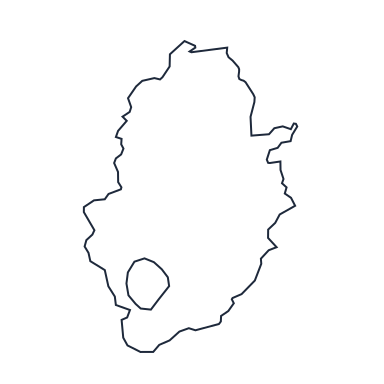 an SVG outline of Nottinghamshire, rotated 349°
{"feature_id": "GBR-2764", "entity_name": "Nottinghamshire", "entity_type": "Administrative County", "adm_level": 1, "iso_a3": "GBR", "parent_name": "United Kingdom", "parent_adm1": "", "projection": "equal_earth", "projection_center": [-0.985, 53.13], "detail": "fine", "context": "isolated", "style": "outline", "palette": "slate", "viewbox_px": 384, "rotation_deg": 349, "n_neighbors": 0, "source": "natural_earth", "source_scale": "10m", "svg_char_len": 1660}
<svg xmlns="http://www.w3.org/2000/svg" viewBox="0 0 384 384"><g transform="rotate(349 192 192)"><path d="M213.4,42.4L222.9,49.1L222.8,50.9L216.5,53.6L218.1,54.7L254.1,57.0L252.6,62.2L253.6,66.7L256.9,70.7L261.3,78.3L261.7,80.5L261.2,82.8L259.7,87.3L260.0,90.1L261.8,91.5L263.9,92.6L265.5,94.4L270.8,107.7L271.6,111.0L270.4,115.6L263.8,129.4L261.1,148.0L278.6,150.0L285.0,145.1L293.6,144.9L301.0,149.2L305.0,144.2L307.0,144.9L307.8,147.8L301.2,155.0L298.5,160.9L289.2,160.7L284.5,165.0L276.4,165.8L271.6,174.5L272.3,177.9L273.9,178.4L284.6,178.9L283.1,187.3L284.3,196.7L282.0,200.6L285.7,205.5L282.8,211.2L288.1,216.6L290.6,225.2L273.8,230.8L267.8,238.2L259.6,243.4L257.9,251.6L264.5,262.3L256.2,263.8L246.9,270.6L246.3,275.7L236.8,290.9L221.2,301.7L211.6,303.8L210.6,304.9L211.8,309.2L204.9,315.8L196.9,319.2L195.6,324.6L193.3,326.7L169.0,328.4L162.9,325.1L153.0,326.6L141.7,333.4L130.7,335.8L123.4,341.6L110.9,339.2L99.4,330.3L96.7,321.9L98.5,304.1L104.4,302.8L108.6,296.0L95.7,288.4L96.3,279.9L91.9,268.6L91.5,252.0L79.0,240.5L78.8,232.0L76.2,225.0L79.1,219.1L86.1,214.8L88.9,210.9L82.0,191.1L83.0,186.2L94.2,181.5L105.0,182.5L109.7,178.0L122.7,175.8L123.6,173.9L121.4,168.2L123.2,158.2L121.1,148.7L123.7,144.5L129.6,141.6L133.0,136.3L131.6,131.7L133.0,126.4L127.8,123.5L131.1,117.9L141.5,109.7L138.2,104.8L146.1,101.5L148.5,97.1L147.1,87.7L157.3,77.7L164.4,73.4L176.8,73.0L182.1,75.4L184.9,73.7L194.0,64.5L196.6,52.6L213.4,42.4ZM129.2,299.6L138.7,291.1L151.6,280.0L152.0,271.1L147.6,262.1L141.2,253.6L132.7,248.1L122.2,249.4L113.7,258.7L110.2,269.3L109.9,281.3L115.3,291.1L119.4,296.6L129.2,299.6Z" fill="none" stroke="#1e293b" stroke-width="2"/></g></svg>